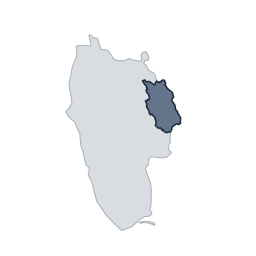 location of Alytaus within Lithuania, rotated 251°
{"feature_id": "LTU-1067", "entity_name": "Alytaus", "entity_type": "County", "adm_level": 1, "iso_a3": "LTU", "parent_name": "Lithuania", "parent_adm1": "", "projection": "equal_earth", "projection_center": [24.158, 54.224], "detail": "fine", "context": "in_parent", "style": "filled", "palette": "slate", "viewbox_px": 256, "rotation_deg": 251, "n_neighbors": 0, "source": "natural_earth", "source_scale": "10m", "svg_char_len": 4525}
<svg xmlns="http://www.w3.org/2000/svg" viewBox="0 0 256 256"><g transform="rotate(251 128 128)"><path d="M90.9,161.3L89.4,159.2L87.9,155.4L88.1,152.4L89.0,149.5L93.3,140.7L93.1,139.3L90.1,136.8L86.4,135.0L84.3,131.3L76.8,131.1L69.6,131.3L67.3,131.1L60.6,129.5L54.0,127.0L49.7,125.5L46.0,123.8L44.1,122.1L40.9,122.6L38.8,122.6L38.8,122.3L37.7,119.2L39.0,114.5L36.9,107.6L33.4,99.4L33.3,90.6L33.1,88.7L42.3,83.7L53.9,78.5L56.6,78.0L67.2,74.9L68.6,74.6L78.2,75.2L85.7,76.0L92.0,75.9L95.5,75.1L98.6,75.7L101.1,78.1L103.7,77.8L106.3,76.3L120.5,77.7L123.7,77.6L127.2,77.9L133.9,79.3L137.7,80.6L146.1,79.8L149.7,79.7L151.6,79.2L157.3,75.7L159.8,75.1L162.1,74.5L164.2,75.0L165.6,78.0L170.0,83.2L174.6,84.1L187.5,86.2L190.2,87.2L197.5,91.8L201.9,94.1L204.7,95.9L208.9,99.5L211.4,102.1L215.5,104.0L220.4,105.3L222.1,105.6L222.1,107.4L221.3,110.6L219.8,114.8L218.1,118.0L217.7,119.3L219.0,120.3L225.4,120.8L228.1,121.3L228.7,122.2L227.3,123.3L225.3,124.2L224.4,125.1L222.8,128.3L212.2,127.9L210.8,128.5L210.2,130.0L209.6,131.6L208.3,133.7L205.5,135.4L201.1,136.0L197.5,137.2L194.8,140.9L192.9,145.8L193.0,149.3L193.2,151.3L193.0,152.4L191.7,153.6L189.5,156.8L187.7,160.4L187.0,162.4L187.4,163.3L189.4,163.3L192.4,164.0L194.0,165.5L194.6,167.1L194.6,168.9L194.1,169.9L191.7,170.6L188.0,170.6L185.8,169.8L185.3,169.1L186.4,167.4L185.6,165.2L184.0,164.0L180.9,165.8L177.9,165.8L174.3,167.4L172.0,170.0L169.7,170.9L163.6,170.4L162.1,171.5L160.9,176.7L160.1,177.8L155.0,177.5L150.1,179.6L144.5,181.3L141.7,180.1L140.1,178.8L137.1,179.0L133.8,179.6L131.6,179.3L129.1,179.4L124.2,180.4L118.2,180.1L115.6,179.3L115.4,178.4L115.6,176.4L115.5,173.2L114.6,170.5L111.7,168.0L108.7,166.3L104.8,164.5L102.0,163.8L100.4,163.5L100.0,162.5L99.5,161.6L98.1,160.9L95.3,159.8L92.9,159.6L90.9,161.3ZM29.3,122.0L27.3,121.6L31.3,116.7L32.9,113.6L34.0,109.1L35.0,107.7L35.0,109.7L34.5,113.1L31.9,118.9L29.3,122.0Z" fill="#d9dde1" stroke="#a8b0b8" stroke-width="1"/><path d="M163.0,170.4L161.9,170.9L161.8,171.1L161.8,171.5L161.8,171.9L161.2,172.2L160.9,172.5L160.7,172.5L160.8,173.3L161.2,174.2L161.7,175.0L162.0,175.8L161.9,177.0L161.5,177.7L160.8,178.0L158.6,178.2L158.0,178.2L157.4,177.8L157.0,177.0L156.9,176.9L156.7,176.9L155.8,177.4L153.6,177.7L151.8,178.5L147.9,181.1L146.6,181.5L145.4,181.5L144.3,181.3L143.1,181.3L142.4,181.2L142.0,180.8L141.4,179.6L140.5,178.7L139.4,178.4L138.2,178.6L136.1,179.4L135.1,179.6L132.8,179.7L132.3,179.6L131.2,179.1L130.7,178.9L130.2,179.0L127.5,180.1L127.3,180.1L127.0,180.1L126.3,179.8L126.1,179.8L125.6,179.9L125.0,180.3L122.8,180.5L121.1,181.0L120.5,181.1L120.0,180.9L116.8,179.5L115.6,179.3L115.8,179.0L115.8,178.8L115.7,178.6L115.5,178.4L115.1,178.2L114.9,177.8L114.7,177.5L114.7,177.0L114.9,176.8L115.1,176.6L115.5,176.4L116.0,175.7L116.0,174.7L115.5,172.7L115.3,171.8L114.9,170.8L114.4,170.0L113.9,169.4L113.5,169.2L112.8,169.1L112.4,168.9L112.1,168.6L111.5,167.7L111.2,167.3L110.5,166.9L110.6,166.1L111.0,164.7L110.9,164.4L110.8,164.2L110.8,163.9L110.9,163.6L111.2,163.1L111.3,162.7L111.7,162.0L112.3,161.4L112.8,161.1L113.7,160.9L114.8,160.7L115.1,160.6L115.1,160.4L114.6,160.1L114.4,159.9L114.7,159.6L115.0,159.4L117.6,158.7L117.7,158.4L117.7,158.2L117.6,157.8L117.6,157.4L117.7,157.0L117.9,156.7L118.2,156.5L121.1,154.8L121.5,154.7L121.8,154.8L122.4,155.3L122.7,155.6L123.3,156.1L125.1,156.4L125.5,156.7L128.7,156.6L128.8,156.7L128.7,156.9L128.8,156.9L129.3,156.8L130.2,156.4L131.4,155.7L133.4,155.1L133.6,155.1L133.6,154.8L133.6,154.7L133.3,154.4L133.2,154.3L133.1,154.2L133.0,153.8L133.1,153.6L133.3,153.4L133.5,153.3L133.8,153.1L134.5,153.0L135.2,153.0L135.9,153.1L136.2,153.2L136.5,153.3L136.8,153.4L140.6,152.8L141.3,152.6L142.0,152.5L142.5,152.6L143.3,153.0L143.6,153.3L144.2,153.5L144.7,153.5L147.8,153.3L148.1,154.2L148.0,154.5L148.0,154.9L147.8,155.0L147.7,155.2L147.8,155.3L148.4,155.7L148.5,156.1L148.4,156.7L148.2,157.1L148.2,157.4L148.4,157.7L149.1,158.0L152.1,158.3L152.7,158.3L153.8,158.0L154.3,157.8L155.1,157.6L155.7,157.3L156.2,157.3L157.1,157.4L158.1,157.8L158.4,157.9L158.4,158.2L158.4,158.4L158.3,158.7L158.4,158.9L158.6,159.2L159.0,159.2L159.3,159.1L159.8,158.8L160.2,158.8L160.9,158.9L161.4,159.0L161.7,159.0L163.4,158.1L166.2,157.3L167.9,157.2L168.0,159.2L167.9,159.4L167.8,159.7L167.2,159.9L166.3,160.0L165.9,160.2L165.8,160.3L165.7,160.5L165.5,161.1L165.3,162.4L165.1,163.1L163.9,164.2L160.1,166.9L160.0,167.4L160.2,167.7L160.5,167.9L161.4,168.2L161.7,168.4L161.9,168.6L162.1,168.9L162.3,169.5L163.0,170.4L163.0,170.4Z" fill="#64748b" stroke="#1e293b" stroke-width="1.5"/></g></svg>